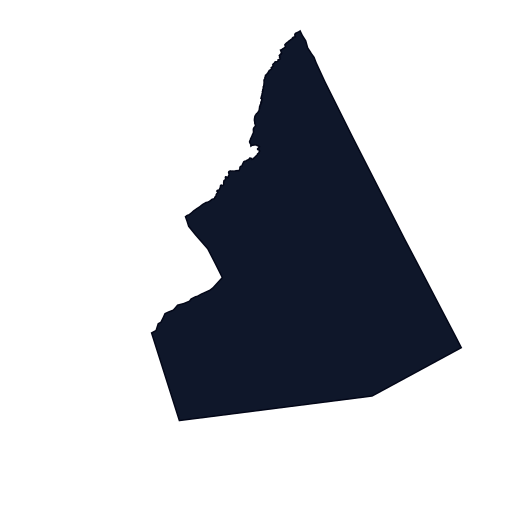 Minas, Córdoba, Argentina, rotated 242°
{"feature_id": "61730980B27944530838107", "entity_name": "Minas", "entity_type": "district", "adm_level": 2, "iso_a3": "ARG", "parent_name": "Argentina", "parent_adm1": "Córdoba", "projection": "albers", "projection_center": [-65.06, -30.967], "detail": "fine", "context": "isolated", "style": "filled", "palette": "ink", "viewbox_px": 512, "rotation_deg": 242, "n_neighbors": 0, "source": "geoboundaries", "source_scale": "gbopen_adm2", "svg_char_len": 5879}
<svg xmlns="http://www.w3.org/2000/svg" viewBox="0 0 512 512"><g transform="rotate(242 256 256)"><path d="M78.7,394.2L92.1,394.4L123.6,394.6L175.1,395.0L200.8,395.1L315.4,397.0L377.4,398.6L398.6,399.8L404.2,400.5L409.1,399.8L410.3,399.8L415.5,399.3L422.7,400.9L429.0,400.4L434.0,400.6L433.9,400.2L433.9,399.5L433.8,398.5L434.0,397.3L433.9,396.9L434.1,395.9L434.0,395.4L433.6,395.1L433.6,394.9L433.6,394.4L432.9,394.2L432.5,393.9L432.1,393.7L431.3,393.9L431.1,393.8L431.1,393.1L431.3,392.8L431.4,392.3L431.5,392.2L431.6,391.9L431.6,391.2L431.5,390.9L431.2,391.1L430.9,390.9L430.9,390.3L430.8,389.5L430.7,388.4L430.5,387.5L430.3,385.6L429.9,384.6L429.9,383.9L429.7,382.8L429.2,381.2L428.9,380.6L427.0,380.4L426.8,380.1L426.4,378.0L426.4,376.8L426.3,376.6L426.2,375.8L426.2,375.3L426.3,374.3L426.0,374.3L423.5,373.9L422.7,373.6L422.5,373.0L422.9,372.9L422.8,372.7L422.7,372.5L422.1,370.7L420.8,370.6L420.6,370.5L420.4,370.4L420.4,370.1L420.2,370.0L419.4,370.1L419.1,370.0L418.8,370.0L418.8,369.9L418.5,369.0L418.9,367.7L418.7,367.4L418.1,367.3L417.8,366.8L417.6,366.2L417.8,365.3L418.3,364.6L418.4,363.8L417.8,363.0L417.6,362.3L417.6,361.6L417.1,361.0L417.0,360.6L416.7,360.6L416.3,360.4L415.6,360.5L415.1,357.8L413.7,357.6L413.6,354.8L412.1,352.4L411.8,352.4L411.9,351.8L411.3,350.6L411.1,349.2L410.5,349.3L410.4,349.2L410.2,349.0L410.0,348.6L409.9,348.4L409.7,347.8L409.3,347.8L409.0,347.5L408.6,347.4L408.4,347.1L408.0,346.2L407.8,346.0L407.6,345.7L407.1,345.4L406.4,345.1L405.2,344.5L404.8,344.2L404.6,344.1L404.2,343.8L403.6,343.5L403.3,343.2L402.9,343.0L402.8,342.8L402.3,342.6L402.2,342.4L402.1,342.0L402.0,341.8L401.7,341.7L401.4,341.6L401.2,341.4L400.8,341.3L400.5,341.1L400.0,340.4L399.6,340.0L399.3,340.1L399.1,339.9L399.0,339.6L398.5,339.5L398.2,339.0L398.2,338.9L397.7,338.9L397.3,338.4L396.9,338.3L396.6,337.8L396.3,337.6L396.2,337.3L395.9,337.2L395.2,336.7L394.8,336.2L394.3,335.6L393.9,335.5L393.6,335.3L393.4,335.1L393.1,334.4L392.9,334.4L392.2,335.2L392.0,335.3L391.7,335.3L391.5,335.1L391.4,334.6L391.3,334.3L390.3,333.8L390.0,333.1L389.7,332.8L389.3,333.0L389.1,332.9L388.9,332.9L388.9,332.6L388.9,332.3L388.9,332.1L388.6,332.0L388.3,332.2L388.2,332.1L388.2,331.7L387.5,331.1L387.5,330.9L387.5,330.7L387.1,330.4L386.8,330.0L386.7,330.0L386.5,329.8L386.3,329.5L386.1,329.2L385.5,328.8L385.0,328.8L384.8,328.7L384.6,328.4L384.6,328.2L383.6,327.5L382.7,326.8L382.7,326.4L382.6,326.1L382.0,325.5L381.9,325.0L381.4,324.3L381.4,323.7L381.5,323.5L381.4,323.2L380.8,322.3L380.5,321.5L379.6,320.4L377.6,318.9L376.4,318.2L374.6,317.7L373.9,317.2L373.1,317.2L371.8,316.8L371.1,316.7L370.9,316.5L370.8,316.3L370.7,315.7L370.5,315.3L370.4,314.7L369.7,313.6L369.0,313.3L368.8,312.9L368.6,312.8L368.2,312.8L367.5,312.3L367.3,312.3L366.8,312.3L366.6,312.1L366.4,311.8L365.8,311.3L365.5,311.1L365.2,310.3L364.1,309.1L362.3,306.7L362.0,306.2L361.3,305.7L360.4,304.4L359.8,303.9L359.2,303.8L357.8,303.7L356.8,303.9L356.6,303.8L355.9,303.2L355.4,303.1L355.5,303.5L355.8,303.8L355.8,304.0L355.2,305.2L355.3,305.4L355.1,305.8L355.1,306.1L354.5,307.2L354.0,308.4L353.8,308.5L353.0,308.8L352.7,309.1L351.0,310.5L350.6,310.2L350.5,309.9L350.5,309.6L350.3,309.2L350.1,308.9L350.1,308.2L350.0,307.9L349.8,307.6L349.3,307.5L349.0,307.6L348.7,307.8L348.3,308.4L348.0,308.6L347.8,308.6L347.0,308.6L346.8,308.5L346.8,308.3L346.8,308.0L346.6,307.8L345.9,307.3L345.5,306.0L345.4,305.3L344.8,304.8L344.5,304.1L344.4,303.4L343.9,302.0L343.6,300.5L343.5,300.2L343.1,299.5L342.9,298.8L343.1,297.9L343.2,297.7L343.3,297.7L343.9,297.9L344.2,298.0L344.5,297.3L344.6,297.2L345.2,296.9L345.4,296.4L345.2,296.2L344.8,295.4L344.7,294.1L344.7,293.0L344.8,292.5L344.7,292.3L344.6,291.8L344.7,291.3L344.8,290.8L344.8,290.6L345.0,290.4L345.0,290.2L345.0,289.9L344.9,289.3L344.5,288.8L344.0,288.2L343.6,287.6L343.5,287.4L342.8,286.6L342.5,286.4L342.1,285.9L342.1,285.6L342.3,285.1L342.3,284.8L342.2,284.0L341.9,283.6L341.8,283.4L341.4,283.3L340.7,282.8L340.2,282.1L339.6,281.5L339.4,281.2L339.3,280.9L339.5,280.5L340.2,279.6L340.2,279.3L340.7,278.5L340.7,278.4L340.7,278.1L340.8,277.7L340.9,277.3L341.0,277.1L341.0,276.9L341.2,276.5L341.4,276.1L342.0,275.2L342.2,274.6L342.3,274.3L342.9,273.7L343.1,273.4L343.3,272.4L343.3,272.0L343.2,271.6L342.6,271.0L342.2,270.9L341.6,270.8L341.3,270.7L340.6,270.5L340.1,270.1L339.4,269.0L338.9,268.7L338.7,268.6L338.5,268.3L338.3,268.1L338.3,267.9L338.5,267.7L338.9,267.7L339.5,267.2L339.9,266.8L340.2,266.5L340.2,266.3L339.8,265.9L339.3,265.6L338.5,265.5L338.1,265.3L338.0,265.1L337.9,264.6L337.6,264.2L337.6,263.9L337.6,263.2L337.4,262.9L336.5,262.3L336.0,261.9L335.4,261.6L335.1,261.5L334.2,261.0L334.1,260.8L334.1,260.6L333.9,260.3L333.8,259.9L333.9,259.5L334.2,259.2L334.3,258.9L334.5,258.9L334.9,258.7L335.0,258.6L334.9,258.0L334.7,257.7L334.5,257.4L333.4,256.9L333.1,256.6L333.0,256.2L332.6,255.8L332.4,255.5L331.9,254.9L331.9,254.7L331.7,254.4L331.7,253.8L331.7,253.3L332.0,252.9L331.9,252.8L332.0,252.5L331.9,252.3L331.7,251.9L331.1,252.1L330.8,252.3L330.6,252.4L330.3,252.4L330.1,252.2L330.0,251.9L329.7,251.5L329.4,250.5L329.0,249.8L327.8,249.0L327.7,248.7L327.6,248.1L327.4,247.7L327.0,247.2L326.9,246.9L326.6,246.6L326.2,246.4L326.1,246.2L326.1,245.9L326.2,245.6L326.4,245.1L326.5,244.8L326.7,243.3L326.4,242.6L326.1,240.3L326.2,238.4L326.7,237.0L326.6,235.2L326.6,233.6L326.3,231.5L325.9,229.8L325.7,227.6L325.6,226.0L325.3,224.1L325.2,222.8L325.0,221.7L324.7,220.7L324.4,219.6L323.9,216.8L323.8,215.8L324.1,214.8L324.1,214.0L324.1,213.6L323.9,213.5L323.8,212.2L319.0,211.5L313.8,210.5L303.0,212.6L285.0,216.8L269.7,216.6L252.8,216.2L252.1,214.4L248.1,203.2L247.4,199.3L248.0,189.9L247.9,185.3L248.4,183.5L248.5,178.5L247.3,176.1L247.9,169.9L249.4,163.7L248.2,160.8L247.0,157.6L247.6,152.6L247.8,148.6L245.3,145.4L242.1,140.9L242.1,137.9L237.1,132.8L237.1,127.7L146.7,111.1L77.9,292.8L78.7,394.2Z" fill="#0f172a" stroke="#020617" stroke-width="1.5"/></g></svg>